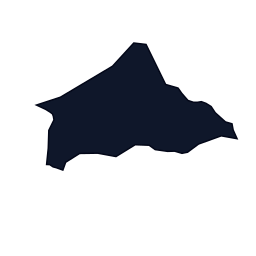 outline of Maribor, rotated 145°
{"feature_id": "SVN-256", "entity_name": "Maribor", "entity_type": "Municipality", "adm_level": 1, "iso_a3": "SVN", "parent_name": "Slovenia", "parent_adm1": "", "projection": "orthographic", "projection_center": [15.629, 46.576], "detail": "fine", "context": "isolated", "style": "filled", "palette": "ink", "viewbox_px": 256, "rotation_deg": 145, "n_neighbors": 0, "source": "natural_earth", "source_scale": "10m", "svg_char_len": 676}
<svg xmlns="http://www.w3.org/2000/svg" viewBox="0 0 256 256"><g transform="rotate(145 128 128)"><path d="M40.4,71.8L43.0,66.1L44.8,56.7L56.1,68.1L79.4,74.4L93.1,74.0L98.3,76.3L103.1,82.3L108.9,86.1L118.1,94.7L120.6,101.8L131.7,110.2L154.2,111.5L167.3,124.8L182.2,134.9L198.7,135.7L205.5,130.9L209.5,136.6L211.7,139.2L213.1,142.9L215.6,144.8L204.9,157.2L194.2,171.5L184.0,177.1L182.4,180.5L181.8,182.9L182.7,185.7L184.8,190.6L189.8,199.3L165.7,192.0L105.2,187.5L74.5,194.3L65.3,186.1L72.2,142.1L64.1,132.0L64.1,125.6L63.1,116.2L59.6,111.5L56.5,109.3L52.8,107.5L50.0,103.5L47.6,97.9L47.8,90.5L44.7,77.1L40.4,71.8Z" fill="#0f172a" stroke="#020617" stroke-width="1.5"/></g></svg>